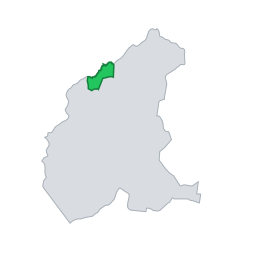 Tambura, Western Equatoria, South Sudan shown in context, rotated 98°
{"feature_id": "79223893B47853667167464", "entity_name": "Tambura", "entity_type": "district", "adm_level": 2, "iso_a3": "SSD", "parent_name": "South Sudan", "parent_adm1": "Western Equatoria", "projection": "mercator", "projection_center": [26.783, 6.031], "detail": "medium", "context": "in_parent", "style": "filled", "palette": "green", "viewbox_px": 256, "rotation_deg": 98, "n_neighbors": 0, "source": "geoboundaries", "source_scale": "gbopen_adm2", "svg_char_len": 5090}
<svg xmlns="http://www.w3.org/2000/svg" viewBox="0 0 256 256"><g transform="rotate(98 128 128)"><path d="M206.6,195.7L199.1,203.3L198.5,203.7L197.6,204.3L194.6,204.3L191.4,204.0L188.5,202.0L185.6,203.5L183.8,204.0L182.6,204.2L180.0,204.4L176.4,205.2L174.7,206.2L173.8,207.0L173.1,208.5L172.7,208.7L172.0,208.5L171.1,207.9L169.1,207.0L168.1,205.2L167.2,204.0L166.5,203.4L163.4,205.3L161.9,205.8L160.6,205.7L158.4,204.6L155.9,203.8L154.6,203.8L152.7,204.9L150.5,206.6L149.4,208.2L148.8,209.2L148.0,207.7L147.3,206.7L146.3,206.4L144.2,206.7L143.7,206.2L143.6,204.9L143.3,203.7L142.7,202.8L141.1,201.9L137.0,200.1L133.8,196.5L132.2,194.9L131.0,193.8L129.3,190.9L127.4,189.0L125.1,188.1L123.6,188.5L122.1,190.6L119.1,192.6L117.8,192.6L116.0,191.6L113.9,190.8L109.9,190.5L108.3,191.4L106.2,192.9L104.4,193.8L103.3,193.9L102.3,193.6L101.1,193.4L100.1,193.3L98.0,192.0L96.9,191.0L96.2,190.0L95.0,189.3L93.7,188.8L92.7,187.9L92.2,186.8L91.4,185.4L90.4,184.2L87.2,181.9L86.2,180.6L85.6,179.3L84.3,177.9L82.9,176.0L82.4,173.2L82.4,170.9L82.1,169.9L81.5,168.9L80.8,168.0L79.7,167.0L77.1,165.5L74.4,163.9L73.1,162.9L70.7,162.5L69.2,161.6L68.0,159.5L67.5,157.8L66.3,156.5L65.7,155.5L65.4,154.4L66.4,151.1L65.0,149.9L62.9,148.4L61.4,146.7L60.4,145.2L57.7,143.1L51.8,140.1L48.4,138.1L46.5,136.4L44.9,134.7L44.7,134.0L45.7,132.3L45.9,130.9L45.0,129.3L41.5,126.4L38.7,123.2L36.5,122.2L31.3,121.3L29.9,121.0L28.3,120.4L26.8,118.9L26.3,117.2L27.0,114.5L26.5,113.6L25.7,113.4L25.9,112.8L26.9,111.5L28.5,110.6L32.7,109.3L33.0,108.7L33.1,107.0L33.4,106.2L34.9,103.8L35.1,102.9L35.2,100.9L35.4,99.9L35.8,99.2L36.9,98.0L37.4,97.3L37.5,95.8L37.4,92.7L38.0,91.5L40.7,88.7L41.4,87.5L41.7,86.3L41.6,85.2L41.8,84.1L42.6,83.0L43.3,82.7L45.3,82.3L46.6,82.5L56.0,80.6L57.2,80.9L57.6,82.0L57.6,83.8L57.8,84.7L58.3,85.3L59.8,86.2L60.8,87.6L61.4,88.2L62.9,89.1L69.9,97.4L71.9,98.1L73.8,97.9L77.6,96.1L79.5,95.7L92.9,96.2L94.4,95.9L94.5,96.0L96.5,100.1L97.5,101.0L112.1,101.1L111.8,99.9L112.0,98.6L114.6,96.1L115.0,95.8L117.2,94.6L119.4,93.8L123.7,92.8L125.2,91.3L126.1,90.0L126.1,87.3L126.7,86.8L127.7,86.2L132.6,83.8L133.4,83.3L142.1,88.9L147.0,93.3L147.3,93.5L147.5,93.6L147.8,93.5L148.0,93.2L148.6,93.1L150.7,93.0L154.6,92.8L155.9,92.3L163.8,84.4L165.8,81.8L166.4,81.3L167.5,79.5L168.7,76.5L169.0,76.1L177.6,68.7L177.9,68.1L178.0,67.6L176.7,65.2L176.4,63.9L176.4,61.9L176.6,58.9L176.5,57.0L176.4,56.5L176.4,56.3L171.5,50.9L183.7,50.8L183.8,50.1L183.7,49.9L183.5,49.3L183.4,48.4L183.4,47.9L183.4,47.4L183.4,47.2L183.4,46.9L183.5,46.8L192.3,46.9L192.1,48.5L191.1,52.1L191.1,54.3L190.8,56.8L190.5,57.5L190.1,58.1L189.9,58.4L189.9,58.7L191.8,72.6L191.6,73.2L191.1,74.0L191.0,74.3L191.0,74.5L195.2,76.2L195.4,76.3L195.6,76.4L197.0,78.2L205.0,84.8L205.3,85.1L206.1,87.2L206.2,87.5L206.2,88.0L206.2,88.4L206.0,89.6L206.1,90.2L206.2,90.5L206.3,91.0L206.2,91.4L205.1,93.8L204.7,95.5L204.6,96.9L204.6,97.7L204.8,98.3L204.9,98.5L205.0,98.5L208.4,98.6L208.4,99.3L208.9,111.8L208.9,113.2L208.7,114.9L208.3,115.6L207.4,116.6L206.1,117.5L203.0,117.8L200.5,117.7L198.6,117.5L196.1,117.4L193.8,117.6L192.9,118.4L189.8,125.0L188.8,126.7L188.6,127.6L188.9,128.2L190.1,129.0L192.7,130.2L195.8,130.9L198.1,131.2L199.6,131.5L200.8,131.9L205.2,134.9L206.6,136.3L207.4,137.5L207.5,138.8L208.2,140.1L212.1,144.3L215.9,146.2L217.4,148.4L218.7,149.5L220.1,150.6L220.8,152.3L222.4,157.3L223.5,159.9L224.6,162.0L225.1,165.5L226.0,167.0L226.9,168.9L228.4,170.6L230.0,171.9L230.3,172.2L214.0,188.4L206.6,195.7Z" fill="#d9dde1" stroke="#a8b0b8" stroke-width="1"/><path d="M79.7,149.6L67.4,150.8L67.3,151.3L67.0,151.5L66.7,151.9L66.7,152.1L66.3,152.0L66.2,152.2L66.3,152.8L65.8,152.9L65.8,153.2L65.6,153.4L65.7,153.6L65.1,153.9L65.6,154.8L65.5,155.1L65.3,155.4L65.5,155.9L65.9,156.1L66.2,156.2L66.4,156.4L66.4,156.6L66.6,156.6L66.9,157.1L67.0,157.2L67.5,157.3L67.8,157.2L67.9,157.4L68.6,157.6L68.7,157.9L68.4,158.5L68.5,158.7L69.0,158.8L69.2,158.6L69.4,158.5L69.6,158.7L69.7,159.0L69.3,159.9L69.2,160.0L68.9,160.1L68.9,160.3L68.5,160.4L68.2,160.7L68.0,161.5L68.4,161.4L68.4,161.2L68.8,160.9L69.3,160.7L69.4,161.0L69.7,161.0L69.7,161.6L70.0,161.8L70.0,162.2L70.2,162.3L70.7,162.3L70.9,162.2L71.3,162.6L71.6,162.6L72.0,162.9L72.4,162.5L73.0,162.5L73.1,162.8L73.3,162.9L73.7,162.7L73.8,162.8L74.0,162.8L74.1,163.0L74.3,162.9L74.5,163.2L74.9,163.1L75.1,163.3L75.0,163.8L75.1,164.4L75.0,164.6L75.1,164.8L75.4,164.7L75.6,164.9L76.7,164.7L77.0,164.8L76.9,165.2L77.0,165.3L77.3,165.3L77.4,165.5L77.6,165.5L78.0,165.4L78.4,165.7L78.5,165.7L78.7,165.9L78.8,166.1L79.0,166.2L79.1,166.4L79.3,166.5L80.1,166.4L80.5,166.7L80.6,166.8L80.7,167.0L80.9,166.9L81.2,167.0L81.1,167.4L81.2,167.6L81.7,167.6L81.8,168.0L82.3,168.4L82.2,168.8L82.3,168.9L82.4,169.1L82.6,169.5L82.4,169.9L82.5,170.1L82.7,170.3L82.9,170.2L83.6,170.3L83.4,170.7L83.3,170.8L83.5,171.1L83.5,171.4L83.3,171.4L83.1,171.9L82.8,172.7L82.6,173.0L82.7,173.3L82.6,173.5L82.8,173.7L82.6,173.9L82.9,174.4L82.9,174.9L87.0,174.9L90.8,173.4L94.6,172.8L96.0,169.1L93.9,166.6L94.0,164.9L93.3,163.8L94.0,162.7L82.4,159.9L79.6,152.8L79.4,150.6L79.7,149.6Z" fill="#22c55e" stroke="#15803d" stroke-width="1.5"/></g></svg>